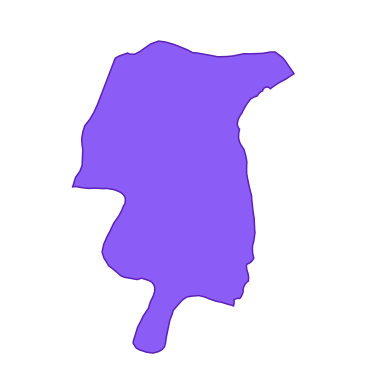 Banha, Al Qalyubiyah, Egypt, rotated 172°
{"feature_id": "37247803B4989882956634", "entity_name": "Banha", "entity_type": "district", "adm_level": 2, "iso_a3": "EGY", "parent_name": "Egypt", "parent_adm1": "Al Qalyubiyah", "projection": "orthographic", "projection_center": [31.184, 30.466], "detail": "fine", "context": "isolated", "style": "filled", "palette": "violet", "viewbox_px": 384, "rotation_deg": 172, "n_neighbors": 0, "source": "geoboundaries", "source_scale": "gbopen_adm2", "svg_char_len": 5137}
<svg xmlns="http://www.w3.org/2000/svg" viewBox="0 0 384 384"><g transform="rotate(172 192 192)"><path d="M74.5,294.9L76.8,299.6L79.0,303.9L81.8,309.6L83.6,312.5L90.2,319.1L94.8,319.7L103.2,319.5L114.9,320.7L121.6,321.7L132.3,321.0L136.9,321.2L138.7,321.3L147.6,322.3L155.7,325.1L157.3,325.6L159.1,326.2L167.8,329.0L172.2,330.0L177.2,333.7L182.6,336.8L189.2,340.6L197.6,344.3L204.1,346.1L212.2,344.4L218.4,341.3L223.7,338.5L229.6,336.4L234.8,337.3L236.4,338.6L245.3,336.8L249.4,335.2L273.2,292.2L278.1,284.5L280.9,281.0L283.0,278.3L288.9,272.6L291.5,267.2L293.8,260.2L294.3,253.9L294.3,248.9L297.2,233.3L300.4,227.8L305.2,222.8L309.5,213.7L306.0,213.5L300.8,211.7L294.2,210.0L290.6,209.6L286.3,209.1L279.4,207.7L275.8,207.4L269.2,205.3L264.7,202.9L262.1,200.9L260.1,198.6L259.0,195.7L259.2,192.8L260.0,189.8L261.7,187.9L264.2,183.5L267.4,178.9L270.8,175.3L273.7,172.2L279.1,164.0L281.7,160.6L283.1,158.4L283.4,157.9L283.7,157.4L286.8,152.4L289.4,145.0L288.4,138.9L287.3,136.5L284.7,130.5L280.8,126.5L277.5,122.9L274.3,119.1L271.1,117.1L269.0,116.4L258.3,112.9L254.0,113.7L249.8,111.7L246.3,110.0L244.2,108.1L242.7,105.4L242.2,102.7L242.8,98.9L244.6,94.9L248.8,88.5L251.4,82.8L257.5,76.1L259.9,72.4L264.7,65.6L267.6,59.4L270.1,54.1L271.0,52.1L271.3,50.4L269.1,45.4L266.4,43.2L259.1,39.6L252.9,37.9L248.0,38.5L245.3,39.3L243.3,40.3L240.9,42.5L239.3,46.0L237.3,52.8L235.4,58.0L233.3,64.0L231.7,68.2L228.3,74.4L227.2,77.2L224.9,79.3L222.3,81.6L216.5,86.4L212.0,88.7L206.5,88.9L202.0,88.6L199.7,88.5L194.2,86.4L190.0,83.9L183.9,80.7L177.2,78.3L172.7,76.1L168.3,74.3L166.7,73.4L166.5,74.0L166.2,74.8L165.9,75.6L165.7,76.4L165.6,77.3L165.5,77.7L165.4,78.1L165.4,79.0L165.3,79.5L165.2,79.6L164.5,79.8L163.9,80.0L163.2,80.1L162.6,80.2L161.9,80.2L161.3,80.2L160.6,80.1L160.3,80.1L160.0,80.0L159.4,79.9L159.2,80.2L158.5,80.9L158.2,81.3L157.9,81.6L157.3,82.4L157.1,82.8L156.8,83.2L156.3,84.0L156.1,84.4L155.8,84.8L155.4,85.7L155.3,86.1L155.2,86.6L155.1,87.3L155.0,88.0L154.8,88.7L154.6,89.4L154.3,90.1L154.0,90.7L153.6,91.4L153.2,92.0L152.8,92.6L152.4,93.1L151.9,93.6L151.3,94.1L150.8,94.6L150.2,95.0L149.9,95.2L149.6,95.4L149.0,95.8L148.8,95.9L148.5,96.0L148.4,96.6L148.3,97.1L148.1,98.0L147.9,98.9L147.8,99.8L147.8,100.8L147.8,101.2L147.8,101.7L147.8,102.6L147.9,103.1L147.9,103.5L148.0,104.3L148.1,104.7L148.3,105.6L148.4,106.5L148.4,106.9L148.5,107.4L148.5,108.3L148.5,108.7L148.5,109.2L148.5,110.1L148.4,110.5L148.4,111.0L148.2,111.8L148.0,112.7L148.0,112.9L147.4,112.9L146.7,113.1L146.3,113.2L146.0,113.3L145.4,113.5L144.7,113.8L144.4,114.0L144.1,114.1L143.5,114.5L143.2,114.7L142.9,114.9L142.3,115.3L141.8,115.8L141.3,116.3L140.8,116.9L140.3,117.4L140.0,118.0L140.1,119.1L140.3,120.2L140.3,120.8L140.3,121.4L140.4,122.6L140.4,123.2L140.4,123.8L140.3,124.9L140.3,125.5L140.2,126.1L140.1,127.3L140.0,127.9L139.9,128.4L139.7,129.6L139.6,129.8L139.6,130.0L138.9,131.8L138.2,133.5L137.5,135.4L136.9,137.2L136.4,139.0L135.9,140.9L135.5,142.1L135.4,142.7L135.3,143.2L135.3,143.6L135.1,146.7L134.8,149.9L134.5,153.0L134.2,156.2L134.2,156.6L134.1,157.0L134.2,159.6L134.2,162.7L134.2,165.8L134.1,168.9L134.0,172.0L133.9,175.1L133.7,178.2L133.5,180.1L133.9,182.7L134.2,185.5L134.5,188.4L134.7,191.3L134.9,194.2L135.1,197.1L135.2,200.0L135.3,202.5L135.1,204.1L134.9,206.0L134.6,207.9L134.3,209.8L134.0,211.6L133.6,213.5L133.5,213.9L133.5,214.1L133.5,216.0L133.6,217.3L133.6,217.6L133.6,217.8L133.7,219.7L133.9,221.5L134.1,223.4L134.4,225.2L134.7,227.0L134.7,227.3L135.4,228.5L136.3,230.4L137.1,232.2L137.4,233.0L137.6,233.8L137.9,234.6L137.9,235.1L138.0,235.5L138.2,236.3L138.2,236.8L138.2,237.2L138.3,238.1L138.3,238.5L138.3,238.9L138.2,239.8L138.2,240.2L138.1,240.6L138.0,241.5L137.9,241.6L137.9,241.8L137.8,242.3L137.6,243.2L137.5,243.7L137.4,244.1L137.1,245.0L137.0,245.5L136.8,245.9L136.5,246.8L136.1,247.6L136.3,247.8L136.6,248.2L136.6,248.3L136.9,248.8L137.1,249.3L137.2,249.6L137.3,249.9L137.5,250.5L137.6,251.0L137.7,251.6L137.7,252.2L137.7,252.8L137.5,253.6L137.3,254.5L137.1,254.9L137.0,255.4L136.6,256.2L136.4,256.7L136.2,257.1L135.8,257.9L135.5,258.3L135.3,258.7L134.8,259.5L134.5,259.9L134.2,260.2L133.7,261.0L133.3,261.3L133.0,261.7L132.4,262.3L131.7,263.0L131.2,263.7L130.4,265.1L129.5,266.3L128.6,267.6L127.6,268.9L126.7,270.1L125.6,271.3L124.6,272.4L123.5,273.5L122.4,274.6L121.2,275.7L120.9,276.0L120.4,276.2L119.4,276.6L118.9,276.8L118.4,277.0L117.4,277.3L116.9,277.5L116.3,277.6L115.3,277.8L114.3,278.0L113.9,278.1L113.7,278.3L113.4,278.7L113.3,278.9L112.9,279.4L112.5,279.8L112.0,280.3L111.5,280.7L110.9,281.1L110.3,281.4L110.1,281.5L109.8,281.7L109.6,281.8L109.2,281.9L108.5,282.1L107.9,282.4L107.8,282.8L107.6,283.2L107.4,283.5L107.1,283.9L106.8,284.2L106.5,284.5L106.1,284.8L105.7,285.0L105.3,285.2L104.9,285.3L104.5,285.4L104.1,285.5L103.6,285.5L103.2,285.4L102.7,285.3L102.3,285.2L101.9,285.0L101.5,284.8L101.1,284.6L100.8,284.3L100.5,284.0L100.3,283.7L100.0,283.3L99.3,283.8L97.7,284.7L96.1,285.5L94.5,286.3L92.8,287.1L91.2,287.8L89.5,288.5L87.8,289.2L86.1,289.8L84.4,290.4L84.0,290.5L83.6,290.6L81.7,291.6L79.6,292.6L77.6,293.5L75.5,294.5L75.0,294.7L74.5,294.9Z" fill="#8b5cf6" stroke="#5b21b6" stroke-width="1.5"/></g></svg>